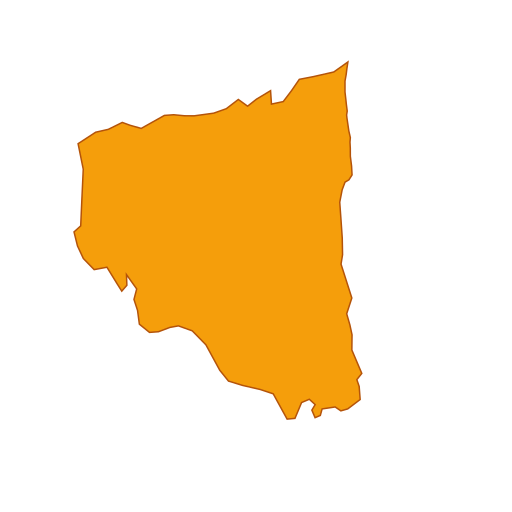 Loutros, Cyprus (Robinson projection), rotated 67°
{"feature_id": "46923920B13222892315728", "entity_name": "Loutros", "entity_type": "district", "adm_level": 2, "iso_a3": "CYP", "parent_name": "Cyprus", "parent_adm1": "", "projection": "robinson", "projection_center": [32.761, 35.157], "detail": "fine", "context": "isolated", "style": "filled", "palette": "amber", "viewbox_px": 512, "rotation_deg": 67, "n_neighbors": 0, "source": "geoboundaries", "source_scale": "gbopen_adm2", "svg_char_len": 1347}
<svg xmlns="http://www.w3.org/2000/svg" viewBox="0 0 512 512"><g transform="rotate(67 256 256)"><path d="M432.6,231.3L428.8,216.2L416.4,212.0L409.2,211.5L405.4,204.5L380.0,204.5L366.1,198.4L356.1,196.5L344.6,195.1L332.1,184.2L296.7,180.9L288.6,175.8L273.2,169.6L257.0,164.0L239.2,157.9L228.7,150.8L222.8,145.2L222.2,140.7L218.9,135.9L210.6,132.9L201.1,130.2L193.7,127.1L187.9,125.0L183.9,122.9L177.2,121.7L169.2,119.6L164.6,118.4L161.6,117.5L158.2,115.4L151.8,113.6L146.9,112.1L139.8,110.0L134.9,107.9L129.7,105.7L124.2,102.1L119.0,99.1L113.3,95.6L117.0,112.5L113.3,133.1L110.3,147.1L117.8,158.9L124.5,170.6L122.2,182.4L109.5,178.0L111.8,194.2L114.8,205.2L105.0,211.1L108.8,225.8L108.0,239.1L105.8,247.2L102.8,258.2L99.0,267.0L93.8,276.6L90.8,285.4L93.7,311.8L86.5,320.8L80.8,326.9L81.7,342.5L79.4,355.2L83.1,375.9L108.6,381.1L135.7,394.1L159.8,405.6L162.7,414.1L177.0,416.4L190.9,415.9L205.3,410.3L208.1,397.6L227.3,394.7L235.9,393.3L232.5,386.3L222.5,382.5L239.7,378.7L248.3,385.3L259.8,386.3L273.2,390.0L284.7,383.9L287.6,375.4L288.1,363.2L290.0,354.7L300.0,343.9L318.2,336.8L347.0,334.0L360.4,330.2L369.9,318.9L380.5,304.3L389.6,294.0L418.3,291.1L420.7,283.6L408.7,271.3L408.7,262.9L415.9,259.6L419.7,264.8L427.9,264.8L427.9,259.1L422.6,254.9L425.9,242.1L431.7,238.4L432.6,231.3Z" fill="#f59e0b" stroke="#b45309" stroke-width="1.5"/></g></svg>